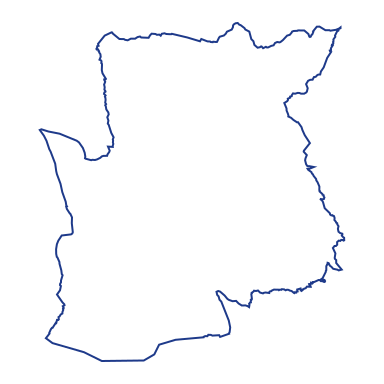 Atexcal, Puebla, Mexico
{"feature_id": "50627088B34758955275984", "entity_name": "Atexcal", "entity_type": "district", "adm_level": 2, "iso_a3": "MEX", "parent_name": "Mexico", "parent_adm1": "Puebla", "projection": "robinson", "projection_center": [-97.669, 18.376], "detail": "fine", "context": "isolated", "style": "outline", "palette": "blue", "viewbox_px": 384, "rotation_deg": 0, "n_neighbors": 0, "source": "geoboundaries", "source_scale": "gbopen_adm2", "svg_char_len": 5844}
<svg xmlns="http://www.w3.org/2000/svg" viewBox="0 0 384 384"><path d="M229.0,333.8L228.8,333.4L229.5,332.6L229.7,331.5L230.2,327.4L228.8,320.6L221.3,301.6L219.5,299.7L218.6,296.4L217.2,294.9L216.5,291.8L218.2,291.0L220.1,291.6L224.6,295.5L227.4,298.9L228.9,299.9L232.6,301.2L236.1,300.9L238.6,303.5L241.8,305.5L245.5,305.4L247.6,306.1L249.1,307.1L249.5,304.6L249.1,303.8L249.9,302.7L250.9,302.4L250.7,301.1L251.5,299.8L251.1,299.5L251.9,298.8L251.3,294.1L251.9,293.3L251.7,292.8L253.6,291.5L254.0,290.7L256.0,291.0L258.0,290.5L260.1,292.6L263.0,293.4L263.6,292.9L265.5,292.5L269.2,293.0L269.2,292.2L269.8,291.5L271.3,291.2L271.5,290.7L273.9,289.6L278.5,289.7L278.9,290.2L280.0,289.6L281.3,289.8L281.8,289.2L284.2,289.4L285.6,290.3L287.0,289.7L288.7,289.9L289.5,290.5L291.6,291.0L294.0,293.0L294.3,293.1L294.6,292.3L296.0,292.7L296.3,292.6L296.5,291.5L297.6,291.4L297.2,289.5L300.5,288.5L300.7,290.2L302.0,289.7L302.0,290.2L300.9,291.5L304.1,288.7L305.7,288.2L306.9,286.6L310.7,286.8L310.5,285.9L309.3,284.8L309.1,284.1L310.9,283.9L311.0,282.8L312.4,283.5L312.8,283.0L312.3,282.4L312.7,282.0L314.2,282.0L318.6,280.0L319.9,280.1L320.8,281.1L322.2,281.1L324.2,282.0L324.8,281.8L325.1,281.1L324.5,280.0L321.5,279.0L322.6,278.2L325.8,271.8L325.8,270.9L326.3,270.2L326.3,266.2L327.0,264.7L327.4,264.6L327.6,262.8L328.6,263.1L330.0,265.8L331.4,266.8L333.2,268.8L337.5,269.7L338.7,270.4L341.7,269.6L336.2,263.0L336.2,260.1L334.9,258.8L334.7,257.9L335.4,253.4L332.9,248.0L334.5,246.0L335.9,246.0L337.2,244.7L337.1,242.1L338.8,240.6L340.3,240.9L341.2,239.9L342.8,240.0L343.5,240.6L344.2,240.3L344.1,237.7L343.3,237.3L341.8,235.6L342.4,234.5L342.3,233.7L340.2,233.1L338.5,231.7L337.9,228.9L338.5,226.2L337.3,224.4L337.2,223.2L336.2,222.7L335.8,221.6L334.4,220.0L334.6,218.0L334.0,216.1L332.9,215.8L332.5,215.2L331.3,215.4L330.1,214.5L329.9,213.3L324.7,208.2L323.0,202.1L322.0,200.4L320.0,198.9L322.4,199.3L323.9,199.0L324.4,197.4L323.7,196.6L323.7,195.3L322.5,194.7L322.4,194.0L319.6,191.5L319.8,190.9L319.3,190.2L319.4,186.6L317.6,182.3L316.3,180.4L316.1,179.0L313.7,176.0L312.8,174.2L312.0,173.6L311.4,172.1L308.2,169.8L307.6,168.8L309.8,168.6L313.8,167.0L308.9,166.1L308.1,166.3L307.2,165.9L306.1,164.2L305.1,160.3L305.5,158.3L306.8,155.1L303.7,151.7L303.9,150.7L309.9,143.1L304.7,135.1L302.4,130.0L301.5,127.1L298.0,122.2L297.0,122.3L293.4,119.9L291.1,117.8L288.3,116.5L288.5,115.8L287.9,113.7L286.6,110.6L286.5,108.4L284.3,103.0L287.3,101.1L288.0,99.9L287.8,98.7L290.1,97.7L290.1,96.6L291.7,96.2L291.8,95.2L293.0,93.4L295.1,93.7L297.7,92.9L299.5,93.0L301.1,93.7L304.1,93.7L306.2,92.5L306.9,91.6L307.7,88.2L306.1,84.1L308.1,80.8L310.2,79.8L312.6,79.7L313.9,77.1L315.7,76.8L317.3,75.1L318.3,74.6L320.2,74.5L320.9,71.5L323.7,67.4L327.2,57.9L331.1,51.9L330.1,51.3L329.8,50.5L331.0,50.1L330.9,48.3L332.6,45.6L331.8,45.4L332.0,44.6L332.8,44.4L333.4,43.0L333.0,42.0L333.5,41.2L333.4,39.4L335.3,36.8L335.0,35.6L337.0,31.5L338.4,30.6L338.8,28.9L340.5,28.2L340.5,27.4L339.1,28.5L336.0,29.8L330.3,30.7L329.5,30.2L325.4,30.2L319.5,26.6L316.8,26.7L313.1,31.3L313.4,31.7L312.3,34.4L311.6,34.8L310.7,36.7L309.9,37.0L309.3,36.6L308.4,34.0L304.3,30.5L298.0,30.4L297.5,30.8L293.6,31.0L292.1,31.6L291.7,32.5L289.8,34.8L287.1,35.6L282.9,40.1L280.5,42.0L279.6,42.4L277.2,42.0L275.0,43.0L273.6,45.3L271.2,45.9L268.2,47.4L267.0,47.5L265.9,46.8L263.1,48.2L261.6,46.5L261.1,46.4L260.0,47.2L257.6,47.7L254.4,44.9L253.4,41.2L251.3,39.1L249.3,31.6L245.3,29.5L244.5,28.1L240.6,25.1L239.3,24.7L237.7,23.0L235.5,23.3L233.8,24.4L233.1,25.4L232.9,27.3L231.7,29.6L226.9,31.7L225.8,33.7L223.9,35.5L219.8,36.7L219.0,37.7L217.0,41.9L216.0,42.0L213.2,41.7L212.8,42.2L210.7,42.0L210.1,41.5L207.5,41.4L201.3,39.0L200.0,41.3L187.4,37.5L171.8,33.8L171.3,34.2L169.8,34.2L166.3,34.0L164.5,33.3L161.8,33.8L160.7,35.7L159.3,34.6L156.9,34.8L155.5,34.0L151.6,33.7L150.0,35.4L148.6,37.8L141.2,37.5L140.0,36.5L137.5,37.1L135.1,38.7L130.8,38.7L127.7,40.3L125.0,39.8L123.9,39.1L119.4,39.0L112.6,33.4L112.3,32.6L111.8,32.3L111.2,32.5L104.7,35.6L98.0,43.9L98.6,45.8L97.2,46.2L97.1,47.6L96.4,48.9L96.7,49.5L98.1,49.4L98.3,49.8L98.5,51.0L99.1,51.2L99.2,52.5L100.4,54.2L100.7,56.8L99.5,59.7L101.0,60.4L101.5,61.2L101.3,63.1L101.8,63.4L102.0,64.7L101.8,70.1L102.5,73.3L105.9,78.9L105.6,79.3L104.2,79.4L104.2,79.8L105.2,81.8L104.1,84.6L104.7,87.2L104.4,89.6L105.5,91.3L105.5,91.7L104.4,92.4L104.0,93.9L105.6,95.4L104.9,96.7L105.4,97.8L105.6,100.0L105.2,102.7L106.1,104.1L105.2,105.2L105.8,106.3L106.3,109.4L108.3,112.4L108.7,114.4L107.3,117.2L108.4,120.6L107.8,123.6L108.7,124.8L111.3,133.0L113.6,137.3L112.8,139.4L113.1,140.6L112.9,142.5L113.3,143.9L112.7,146.0L112.8,146.9L108.0,146.6L109.7,150.7L109.2,152.0L107.5,154.4L107.1,155.8L103.4,155.9L101.8,156.4L100.3,157.8L97.1,159.4L95.0,160.0L92.3,159.8L91.2,160.2L85.6,158.7L85.0,158.3L85.3,156.6L84.7,152.8L82.9,148.0L79.0,142.4L76.7,140.7L59.6,133.7L48.4,131.5L41.4,129.3L39.8,130.0L43.9,135.7L46.5,140.8L49.3,149.2L50.6,151.6L55.2,163.7L56.2,171.1L56.9,174.1L60.5,183.8L62.3,192.1L65.7,201.7L66.3,205.4L66.9,206.3L66.2,206.6L66.9,209.0L69.8,213.5L70.3,213.7L72.0,217.4L71.8,223.2L72.8,232.2L72.3,233.5L71.0,234.4L61.7,235.5L58.3,240.7L56.9,244.2L56.1,249.2L56.2,253.9L56.8,256.9L57.4,257.4L59.4,262.0L59.5,263.7L61.3,270.3L61.8,274.1L62.6,275.2L61.0,280.5L61.0,282.3L60.1,283.9L60.0,285.1L60.9,286.0L60.0,290.3L57.0,294.5L62.4,302.3L64.3,304.3L64.5,305.3L62.8,306.2L63.7,307.9L63.1,308.2L62.9,308.9L63.3,309.8L62.4,312.1L62.4,313.5L60.7,314.5L59.6,316.4L58.5,317.1L58.8,319.4L58.2,320.0L57.0,319.9L56.2,323.3L55.9,323.5L55.6,323.1L52.6,327.8L52.0,327.8L50.9,329.2L49.2,333.0L49.5,333.6L45.9,338.2L52.5,343.1L84.0,352.2L101.8,361.0L143.8,360.5L154.3,354.4L159.1,344.7L175.5,339.8L203.6,337.3L203.7,336.8L205.2,336.1L207.4,336.2L208.3,334.8L210.9,334.9L212.4,335.6L219.2,335.2L220.1,336.9L229.0,333.8Z" fill="none" stroke="#1e3a8a" stroke-width="2"/></svg>